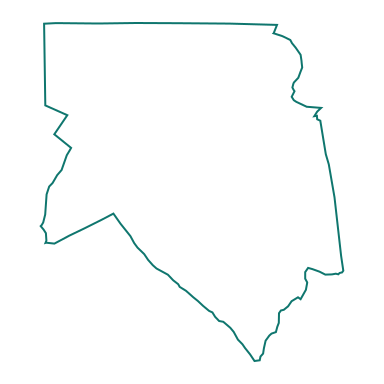 Kankossa, Assaba, Mauritania (Albers equal-area conic projection)
{"feature_id": "47542326B30732925248213", "entity_name": "Kankossa", "entity_type": "district", "adm_level": 2, "iso_a3": "MRT", "parent_name": "Mauritania", "parent_adm1": "Assaba", "projection": "albers", "projection_center": [-11.033, 15.705], "detail": "fine", "context": "isolated", "style": "outline", "palette": "teal", "viewbox_px": 384, "rotation_deg": 0, "n_neighbors": 0, "source": "geoboundaries", "source_scale": "gbopen_adm2", "svg_char_len": 1597}
<svg xmlns="http://www.w3.org/2000/svg" viewBox="0 0 384 384"><path d="M277.0,24.9L229.6,23.6L178.5,23.2L136.1,23.0L98.4,23.5L56.1,23.1L44.1,23.7L45.3,105.4L67.3,115.2L54.3,134.3L71.1,147.9L69.7,150.4L66.8,155.2L61.6,170.0L57.2,175.1L52.6,183.0L49.2,186.5L46.6,194.4L45.2,214.5L43.2,222.5L41.6,225.2L40.7,226.1L43.6,229.6L45.9,233.2L46.4,240.6L45.5,242.9L46.2,242.7L54.4,243.6L69.2,235.7L84.4,228.4L101.6,219.8L113.4,213.6L120.5,223.7L130.4,236.1L134.2,243.1L137.5,247.6L144.2,254.1L148.1,259.9L152.8,265.2L156.5,268.5L167.9,274.7L173.2,280.3L178.2,284.2L179.7,286.9L186.0,290.8L193.2,297.2L197.9,301.0L203.1,305.9L209.1,310.9L212.4,312.4L215.1,316.8L219.1,321.0L223.3,321.8L230.3,327.8L233.7,331.9L237.9,339.6L242.4,344.2L245.0,348.0L250.1,354.4L254.5,361.0L259.7,360.3L260.5,356.5L263.1,353.6L263.9,348.3L265.6,340.7L269.3,335.6L271.5,333.6L275.9,332.1L277.3,326.8L278.8,322.9L279.0,313.2L280.9,310.5L283.8,309.8L288.1,306.3L291.6,301.2L298.0,297.3L300.6,299.2L305.9,289.8L307.1,283.3L307.2,282.4L305.2,278.7L305.2,272.1L308.1,267.9L312.4,269.1L319.6,271.7L325.3,274.6L331.9,274.4L335.8,273.7L338.3,274.3L339.6,273.0L342.1,272.4L343.3,270.7L341.1,255.8L334.5,197.3L328.8,164.4L325.8,154.2L320.3,120.7L317.2,119.3L316.9,115.8L314.3,116.2L317.2,111.6L321.1,107.9L307.3,106.8L306.8,106.8L296.4,101.9L293.8,100.2L291.7,96.8L294.5,91.2L293.5,89.7L292.4,87.5L293.3,84.0L293.5,83.4L293.9,82.5L298.3,77.8L300.5,71.8L302.2,67.5L301.7,63.1L301.5,60.8L300.6,54.8L295.6,47.6L292.0,43.2L290.3,40.0L283.6,36.7L282.0,36.0L273.6,33.3L273.7,33.2L277.0,24.9Z" fill="none" stroke="#0f766e" stroke-width="2"/></svg>